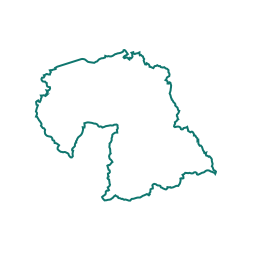 Capão Bonito, São Paulo, Brazil (orthographic projection), rotated 15°
{"feature_id": "56859067B71200368651940", "entity_name": "Capão Bonito", "entity_type": "district", "adm_level": 2, "iso_a3": "BRA", "parent_name": "Brazil", "parent_adm1": "São Paulo", "projection": "orthographic", "projection_center": [-48.285, -24.054], "detail": "fine", "context": "isolated", "style": "outline", "palette": "teal", "viewbox_px": 256, "rotation_deg": 15, "n_neighbors": 0, "source": "geoboundaries", "source_scale": "gbopen_adm2", "svg_char_len": 5861}
<svg xmlns="http://www.w3.org/2000/svg" viewBox="0 0 256 256"><g transform="rotate(15 128 128)"><path d="M42.1,88.8L42.9,89.6L42.1,90.3L40.8,90.8L39.8,91.7L38.6,92.0L37.6,92.5L39.0,94.0L38.7,95.3L38.7,96.6L37.5,96.9L36.1,96.8L35.2,97.0L34.4,98.0L33.1,98.8L34.0,99.8L33.5,101.1L31.9,101.7L31.7,103.1L32.4,104.3L33.7,105.1L36.1,104.7L36.7,105.4L37.9,105.6L38.4,107.4L39.2,108.7L40.1,108.9L41.0,108.9L42.0,108.8L42.5,110.0L42.3,111.3L41.0,112.7L39.6,112.8L40.3,113.6L41.2,114.1L40.6,115.3L40.2,116.7L41.4,116.4L40.6,117.7L39.9,118.5L39.0,118.1L38.1,118.2L36.9,118.8L35.5,119.2L36.6,120.5L36.3,122.6L36.5,123.9L36.1,125.7L35.1,125.6L34.1,124.6L33.1,125.6L32.5,126.6L33.0,127.9L33.6,129.2L35.1,129.4L34.8,132.4L34.8,135.9L36.0,136.8L36.5,138.1L36.2,140.8L37.3,140.7L38.2,141.7L39.3,142.7L40.1,143.6L41.1,144.2L43.2,146.1L43.6,147.4L43.3,148.3L45.7,150.1L46.9,150.0L48.4,151.2L48.5,152.9L49.4,155.0L50.5,155.9L51.7,156.5L53.2,156.6L55.7,156.4L56.6,156.8L57.6,157.6L57.9,158.9L58.7,159.3L59.9,159.3L60.6,160.4L61.0,161.5L62.6,161.3L64.0,161.7L65.9,162.5L65.1,164.9L65.4,166.5L66.6,167.4L68.0,168.0L69.3,168.4L70.6,168.2L71.6,168.3L72.5,167.7L73.9,167.5L75.1,167.8L76.0,167.9L77.1,168.3L77.7,169.3L78.3,170.0L80.1,171.2L81.3,171.0L82.0,169.6L81.0,166.9L80.9,164.1L79.9,164.1L79.5,163.0L79.8,161.9L80.7,160.5L81.4,159.2L81.0,157.8L81.0,156.3L81.8,155.5L81.2,154.3L81.7,153.2L81.8,151.7L82.3,149.9L83.9,147.7L84.6,146.5L85.0,144.7L85.1,143.6L85.0,141.0L84.1,139.0L85.8,138.8L85.7,137.4L84.6,134.7L87.3,133.1L88.4,132.8L91.7,132.4L94.1,132.5L95.5,132.2L96.4,132.3L97.6,132.6L98.3,133.4L99.1,134.0L100.0,134.2L101.0,133.6L102.2,133.6L103.1,134.2L104.9,133.0L105.9,132.1L107.1,131.5L108.5,130.9L110.2,130.0L111.3,129.9L112.9,129.4L113.8,128.4L116.1,127.6L117.2,128.1L117.6,129.7L118.2,130.6L118.1,131.7L117.7,132.6L118.3,133.8L118.8,135.2L117.6,135.5L116.6,136.0L115.2,137.6L114.6,138.8L115.0,140.4L114.8,142.1L115.4,144.1L115.1,146.1L114.2,147.8L114.6,148.9L114.8,150.6L115.1,151.6L115.9,152.4L116.5,153.8L117.2,156.1L117.9,157.1L117.2,158.2L117.0,160.1L118.0,162.1L118.8,162.8L119.7,163.1L120.8,163.9L121.8,164.9L121.0,166.0L120.2,167.9L119.6,168.7L118.6,168.9L117.8,169.7L120.1,173.4L121.2,173.7L121.9,175.3L121.5,176.4L120.4,177.2L120.8,178.5L121.9,180.0L121.2,180.8L121.2,181.8L122.1,182.5L123.1,182.7L123.4,183.6L124.0,184.8L124.5,186.3L125.3,187.4L125.2,188.5L124.5,189.8L123.8,190.6L124.7,191.8L125.7,192.9L125.0,193.7L123.7,194.0L123.0,195.1L123.4,196.7L123.4,198.0L122.3,199.4L121.5,200.3L120.8,201.4L121.9,202.6L124.1,204.0L126.0,203.3L127.1,202.6L128.7,202.0L129.8,201.4L130.3,200.5L131.1,199.8L131.6,199.0L132.1,197.8L133.3,196.3L134.4,196.9L135.9,196.9L136.4,197.8L137.3,198.1L138.3,197.9L140.2,198.2L141.1,197.8L142.0,198.2L142.9,198.3L143.7,197.8L144.9,197.7L147.7,197.9L149.0,197.5L149.4,196.4L150.0,195.5L151.7,194.9L155.0,192.8L157.7,192.0L158.9,190.8L159.7,189.8L161.0,188.9L163.4,186.9L165.6,187.6L166.2,186.4L165.5,185.5L166.2,183.9L165.9,182.9L165.6,181.4L166.5,180.6L167.6,180.0L167.2,178.5L166.4,177.2L166.6,176.3L167.7,175.2L169.5,175.1L170.5,175.6L171.8,175.8L172.8,175.5L174.2,175.5L175.1,176.8L176.5,176.9L177.5,177.3L180.0,177.6L180.9,177.3L181.6,176.0L181.4,174.9L183.0,174.7L184.2,174.2L185.0,174.6L187.0,173.6L189.6,171.4L191.6,170.9L191.9,169.7L192.4,168.5L192.5,166.6L192.3,164.6L191.7,163.3L192.5,162.7L193.7,162.7L194.5,162.2L194.3,161.1L193.7,160.1L192.8,159.1L194.1,158.0L194.9,156.5L198.0,156.0L199.0,155.4L200.9,155.5L202.4,155.0L203.1,154.0L204.3,153.3L205.8,153.5L206.6,154.9L207.7,155.0L209.1,153.9L211.2,152.0L212.3,151.5L213.2,150.8L214.0,149.5L215.1,148.6L216.2,148.2L217.5,148.1L219.3,148.6L220.8,148.6L222.2,148.9L223.3,148.9L224.1,149.7L224.3,148.5L224.2,147.3L223.0,146.7L221.6,146.5L219.8,143.9L218.9,143.3L219.1,141.9L219.0,140.7L217.8,138.7L217.3,137.6L217.1,136.6L216.4,135.8L215.2,135.0L214.1,134.3L213.3,134.9L212.2,134.3L210.7,134.4L209.9,133.3L209.9,131.6L208.9,132.4L208.0,132.3L207.7,131.2L206.8,130.6L206.1,129.9L205.5,128.9L204.3,127.1L202.8,126.1L201.8,126.6L200.1,125.0L199.1,121.7L198.4,122.5L197.8,120.1L196.2,119.2L195.0,117.9L193.6,118.2L193.4,117.0L192.2,115.7L191.2,115.0L190.3,115.1L189.4,116.0L186.8,115.2L186.5,114.3L184.9,111.6L184.1,112.5L182.8,113.1L181.7,113.7L181.3,115.0L180.3,115.5L179.4,115.4L178.5,114.0L177.3,113.6L176.0,113.6L174.6,114.2L173.1,115.0L172.1,114.6L172.0,113.2L172.4,111.6L171.8,110.3L173.1,108.8L173.5,107.5L174.3,106.6L173.4,105.7L173.0,104.6L172.1,103.8L171.8,102.6L172.5,101.4L173.0,99.7L173.1,98.2L172.2,98.1L171.3,96.9L170.6,95.6L167.8,94.1L167.6,92.8L166.6,91.9L165.1,91.1L164.0,89.8L162.9,89.3L162.6,88.4L161.8,87.7L160.5,85.3L159.3,83.9L159.4,82.3L159.4,80.8L159.1,78.8L159.0,77.6L158.6,75.6L157.9,74.6L157.3,73.4L156.5,73.1L155.8,74.6L154.7,74.8L154.3,72.9L153.3,72.3L151.9,72.0L152.5,71.1L152.4,70.0L152.7,68.9L153.6,68.0L154.4,67.3L154.3,65.7L153.6,64.4L152.7,63.8L152.1,61.6L150.4,60.7L149.0,60.7L147.3,59.9L146.0,60.6L143.9,60.7L142.9,59.9L141.6,60.3L140.0,59.8L139.2,60.7L137.7,61.4L137.0,63.6L136.0,63.5L134.7,63.2L133.0,63.3L132.7,62.3L131.6,61.2L129.4,60.6L129.3,61.9L128.1,62.1L126.2,59.6L125.6,58.6L125.8,57.2L124.6,56.2L123.9,55.0L122.6,54.7L121.7,54.1L120.6,54.7L120.0,53.6L119.5,52.0L118.5,52.9L117.6,53.5L116.4,54.0L115.5,54.8L114.2,54.7L113.5,53.4L111.9,54.4L113.2,55.6L113.2,56.6L113.9,57.9L113.6,58.9L113.0,59.9L111.8,59.7L111.7,61.5L110.7,61.2L109.8,60.3L108.5,60.2L106.4,61.5L105.4,60.8L105.8,59.8L106.7,58.8L107.9,57.8L108.7,56.7L105.5,54.0L104.5,53.6L103.6,54.0L103.5,55.4L102.2,56.7L101.2,57.4L100.3,57.9L98.7,58.6L97.3,59.6L96.5,60.0L95.9,60.7L94.7,62.1L93.4,63.1L92.6,63.4L91.7,63.6L90.6,63.6L89.6,64.2L88.5,64.3L87.4,64.2L87.6,65.8L85.9,67.0L84.4,67.5L83.3,68.3L82.1,69.4L81.0,71.6L79.8,72.4L78.5,73.8L73.4,74.4L72.0,74.4L69.1,73.1L68.2,72.9L66.5,73.0L65.1,73.5L43.8,87.1L42.1,88.8Z" fill="none" stroke="#0f766e" stroke-width="2"/></g></svg>